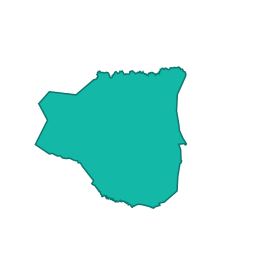 the district of Danli, El Paraíso, Honduras, rotated 228°
{"feature_id": "27666195B70228202857481", "entity_name": "Danli", "entity_type": "district", "adm_level": 2, "iso_a3": "HND", "parent_name": "Honduras", "parent_adm1": "El Paraíso", "projection": "orthographic", "projection_center": [-86.384, 14.061], "detail": "fine", "context": "isolated", "style": "filled", "palette": "teal", "viewbox_px": 256, "rotation_deg": 228, "n_neighbors": 0, "source": "geoboundaries", "source_scale": "gbopen_adm2", "svg_char_len": 5623}
<svg xmlns="http://www.w3.org/2000/svg" viewBox="0 0 256 256"><g transform="rotate(228 128 128)"><path d="M67.6,145.8L68.5,145.8L76.5,152.5L81.9,154.9L78.9,159.2L78.6,159.2L78.0,159.5L77.6,159.2L77.3,159.3L77.0,159.4L76.9,159.8L77.1,160.2L77.0,160.6L77.3,160.8L84.0,162.0L91.6,164.5L96.5,168.0L108.3,175.5L119.9,187.1L128.1,205.7L128.4,205.7L129.4,207.1L129.9,207.4L131.7,207.9L131.9,207.7L132.3,207.3L133.2,207.3L133.4,207.0L133.6,207.0L134.3,207.5L134.9,207.8L135.2,207.8L135.5,207.7L136.1,206.5L136.3,206.4L136.5,206.4L137.0,206.7L137.3,206.8L137.7,206.7L138.1,206.4L138.3,206.4L138.6,206.6L138.9,206.3L139.3,206.4L139.6,206.2L140.5,203.9L141.1,203.7L141.8,203.0L142.1,202.8L142.6,201.7L143.0,201.0L143.8,200.3L144.3,200.0L144.3,199.7L143.9,198.8L143.8,198.4L144.0,198.1L144.1,197.5L144.3,197.0L144.6,196.8L145.3,196.8L145.9,196.4L146.3,196.2L146.8,196.2L147.1,196.2L147.6,195.6L147.3,194.9L147.4,194.0L147.6,194.0L148.3,194.0L148.6,194.0L149.3,193.6L149.5,193.4L149.5,191.9L149.9,191.2L149.4,190.7L149.1,190.1L148.8,189.8L148.6,189.6L148.6,189.3L148.9,188.7L147.9,188.2L147.7,188.1L147.8,187.8L147.6,187.5L148.0,187.5L148.1,187.3L148.5,187.3L148.7,187.1L148.6,186.1L148.7,185.7L149.2,185.3L148.9,184.1L148.8,183.9L149.4,184.0L149.8,184.3L150.1,184.2L150.9,184.0L151.2,183.6L151.4,183.4L151.6,183.5L152.1,183.6L152.5,183.5L153.0,183.2L153.3,182.8L153.7,182.4L153.9,182.0L153.7,181.9L153.7,181.5L153.6,181.2L154.0,181.1L154.1,180.8L153.9,180.3L154.0,180.1L154.5,180.2L154.4,179.9L154.7,179.6L154.5,178.9L154.3,178.5L154.2,178.0L153.9,177.8L154.5,177.6L155.5,177.5L156.4,177.3L156.8,177.0L156.6,176.6L156.9,176.5L157.1,176.5L157.3,176.6L157.8,176.4L158.4,176.4L158.9,176.1L159.4,176.6L159.7,176.7L159.3,175.4L159.3,175.1L159.5,174.9L160.2,174.7L160.6,174.8L160.8,174.6L161.1,174.8L161.4,175.1L161.9,174.8L161.9,174.5L162.2,174.3L161.7,173.5L161.6,173.3L162.3,173.1L162.6,172.6L162.9,172.3L162.7,171.6L162.9,171.2L163.2,170.8L163.2,170.3L163.2,170.2L163.7,170.0L165.5,169.8L166.3,169.5L166.7,169.5L167.2,169.7L167.7,169.3L167.8,169.1L167.9,168.1L168.6,167.4L168.7,167.2L168.5,166.8L167.6,166.1L167.4,165.4L167.5,164.9L167.7,164.3L168.1,164.0L168.4,163.4L169.3,163.0L169.8,162.3L169.9,162.0L169.8,161.5L169.9,161.3L170.2,161.2L171.3,161.1L171.8,161.4L173.2,161.5L174.1,161.9L174.5,161.4L174.6,160.7L174.8,160.3L175.3,160.0L175.5,159.9L174.9,158.8L174.8,158.3L174.9,158.0L175.4,157.2L175.4,156.7L175.8,156.6L177.4,156.9L178.0,156.5L177.9,155.8L178.2,155.5L177.7,154.9L177.8,154.1L177.2,153.6L177.2,153.0L177.1,152.4L177.6,151.7L177.1,151.0L177.0,150.8L176.3,150.2L176.3,149.7L176.5,149.2L176.9,149.0L177.3,148.5L177.7,148.5L178.7,149.0L179.3,149.5L180.1,149.4L181.5,150.1L181.9,150.1L182.4,150.1L183.8,149.2L184.3,147.9L184.7,147.4L185.1,146.7L185.3,146.6L185.7,146.6L186.0,146.6L187.0,145.4L187.2,144.9L187.4,144.7L187.6,144.6L188.4,145.0L188.7,145.1L189.1,145.0L189.4,144.7L189.5,144.4L189.4,143.8L189.7,143.1L189.7,142.8L189.6,142.5L188.9,142.5L188.7,142.3L188.6,142.1L188.6,141.4L188.6,141.2L188.7,140.9L188.6,140.7L187.1,140.5L186.8,140.5L186.5,140.1L186.0,139.7L185.9,139.4L186.1,138.8L185.8,138.7L185.3,137.9L185.3,137.7L185.5,137.5L185.6,137.1L186.0,136.6L186.2,135.5L186.8,134.9L187.4,111.5L207.6,93.8L205.8,77.9L204.8,77.7L187.6,73.4L180.5,55.2L177.7,48.1L161.3,52.2L161.0,52.5L160.7,53.3L160.4,53.8L159.4,54.9L159.0,55.2L158.7,55.2L156.6,55.9L155.7,56.3L155.0,56.6L153.9,57.3L153.7,57.7L153.0,58.6L152.0,59.2L151.5,59.4L150.7,59.2L149.7,59.2L146.9,61.4L145.9,62.6L145.6,63.5L144.9,63.9L144.6,64.3L144.0,65.0L142.6,65.2L141.8,65.7L140.8,66.0L140.0,66.5L138.7,67.2L137.9,68.1L137.3,68.6L135.6,67.7L134.5,68.9L134.2,69.1L133.7,69.1L131.2,68.9L130.4,68.5L111.8,67.2L110.9,63.9L110.4,64.0L109.8,63.8L109.5,64.0L109.2,64.3L108.6,64.4L108.4,64.6L108.1,64.6L107.7,64.9L107.0,65.0L105.8,64.6L105.1,64.7L104.4,64.6L104.0,64.4L103.2,64.7L102.4,64.5L101.5,64.2L101.3,64.2L100.9,64.5L100.7,64.4L100.5,64.1L100.1,64.0L99.6,64.4L99.4,64.5L99.0,64.3L98.6,64.3L98.1,64.0L97.6,63.9L97.3,63.6L97.0,63.5L95.7,63.8L95.3,63.4L95.0,62.9L94.8,62.8L94.3,62.9L94.0,63.3L93.9,63.6L93.9,64.7L93.7,65.4L93.4,65.5L92.6,65.4L92.4,65.4L92.3,66.2L92.1,66.4L91.7,66.3L90.9,66.5L90.6,66.4L90.5,66.2L91.0,65.7L91.0,65.2L90.7,65.0L89.9,65.0L89.8,65.8L89.7,66.0L89.4,66.0L89.1,65.8L88.7,65.7L88.4,66.0L89.1,66.9L89.0,67.1L88.9,67.3L87.6,67.8L87.1,67.7L86.8,67.2L86.5,67.3L86.0,67.8L86.5,68.1L86.6,68.6L86.1,68.9L85.7,69.4L85.2,69.3L84.9,69.4L84.7,69.3L84.8,68.6L84.8,68.4L84.6,68.3L84.1,68.5L84.1,68.9L83.2,69.0L82.9,69.5L82.7,69.4L82.1,69.1L81.3,69.3L81.2,69.4L81.2,69.6L81.7,70.1L81.5,70.5L81.3,70.7L80.8,70.5L80.4,70.7L80.2,70.9L80.0,71.3L79.7,71.5L79.5,71.8L79.4,73.0L79.4,73.8L79.4,74.0L79.1,74.0L78.4,73.5L78.0,73.5L77.3,74.2L77.6,74.8L77.5,75.1L76.2,75.8L75.7,76.2L75.5,76.3L75.2,76.0L74.6,76.1L74.3,76.3L74.1,76.8L73.8,77.0L73.5,76.9L73.1,76.5L72.8,76.5L72.6,76.8L72.7,77.3L72.4,77.7L71.6,77.5L70.9,76.9L70.7,76.8L70.5,77.5L69.8,78.4L69.5,78.6L69.3,78.6L68.5,78.1L67.6,78.1L66.7,77.9L66.4,78.0L66.2,78.3L66.2,78.6L66.4,79.0L66.8,79.4L66.8,79.7L66.6,80.0L65.9,80.2L65.9,80.6L65.7,80.9L65.6,81.6L65.4,82.1L65.2,83.3L65.0,83.7L63.6,85.5L63.2,85.8L61.5,87.3L54.1,92.2L53.7,92.0L53.5,92.3L53.1,92.4L53.0,92.6L52.6,92.7L52.4,93.0L51.9,93.0L51.8,93.4L51.4,93.5L51.5,93.8L51.3,94.1L51.4,94.6L51.5,94.7L51.2,95.1L51.1,96.0L50.9,96.3L50.8,96.7L50.6,97.0L50.2,97.6L50.1,97.8L50.0,98.0L50.0,98.5L49.9,98.8L49.1,99.9L49.4,100.1L49.9,100.2L50.3,100.4L50.9,100.4L51.3,100.7L48.7,105.3L48.4,122.3L58.8,132.7L66.8,142.8L66.6,143.4L66.6,143.9L66.8,144.4L67.1,144.7L67.2,145.0L67.5,145.3L67.6,145.8Z" fill="#14b8a6" stroke="#0f766e" stroke-width="1.5"/></g></svg>